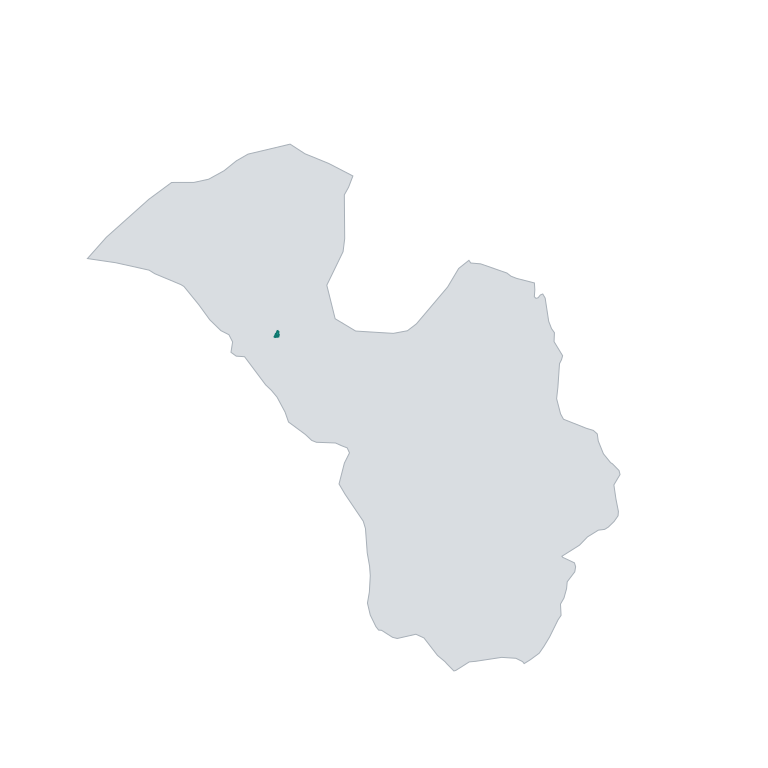 location of Dobele, Dobele, Latvia, rotated 45°
{"feature_id": "27541924B14429265035734", "entity_name": "Dobele", "entity_type": "district", "adm_level": 2, "iso_a3": "LVA", "parent_name": "Latvia", "parent_adm1": "Dobele", "projection": "albers", "projection_center": [23.281, 56.623], "detail": "fine", "context": "in_parent", "style": "filled", "palette": "teal", "viewbox_px": 768, "rotation_deg": 45, "n_neighbors": 0, "source": "geoboundaries", "source_scale": "gbopen_adm2", "svg_char_len": 3168}
<svg xmlns="http://www.w3.org/2000/svg" viewBox="0 0 768 768"><g transform="rotate(45 384 384)"><path d="M554.2,561.8L549.9,561.3L537.7,557.1L527.2,550.6L520.8,541.5L509.8,529.2L502.6,523.0L491.6,515.3L473.1,499.3L466.4,495.7L434.5,489.5L422.9,486.5L411.9,467.9L408.3,457.1L403.1,455.2L397.5,457.7L391.4,460.0L377.4,473.0L372.8,475.0L364.0,475.3L343.4,478.4L333.9,473.8L317.6,468.9L308.7,468.1L300.9,468.3L266.1,463.3L259.8,468.8L253.4,469.8L247.2,461.3L239.5,458.8L230.9,461.6L215.4,461.8L197.0,458.9L173.6,456.5L170.2,457.3L143.9,468.1L137.4,469.6L108.6,487.9L85.6,505.0L83.9,476.5L87.1,419.7L91.3,391.7L107.1,375.8L115.2,363.2L120.1,346.3L121.8,330.6L125.3,317.6L148.0,280.8L165.3,277.1L188.8,267.2L214.9,258.9L219.8,269.9L222.2,278.3L253.5,309.1L261.5,319.4L273.7,354.6L303.3,372.4L326.5,366.6L336.5,357.8L354.8,341.6L362.9,329.8L364.4,318.5L360.4,270.4L355.1,249.5L356.6,236.5L359.8,237.1L367.4,230.7L392.5,218.6L397.5,218.0L403.2,215.5L418.9,206.2L424.1,210.8L428.6,216.0L430.9,216.0L432.0,214.0L431.6,210.5L432.6,208.1L437.2,209.3L456.1,223.2L463.3,226.4L468.2,227.2L474.3,233.8L490.3,237.7L492.3,241.2L493.7,245.5L509.3,263.4L516.4,272.3L530.0,280.3L535.8,282.0L558.5,272.2L564.8,268.8L570.1,268.5L575.8,272.8L588.5,278.2L599.9,279.4L601.9,278.9L611.4,279.0L614.9,281.1L617.9,292.8L629.3,301.3L639.9,308.4L642.7,311.7L643.9,318.5L643.8,326.6L642.8,330.8L638.9,335.8L636.0,348.2L636.2,359.7L631.6,380.0L633.0,380.2L645.1,375.8L648.7,377.7L651.7,381.9L653.4,394.3L657.8,399.6L662.6,408.1L664.4,414.8L672.8,422.4L673.8,427.6L680.0,445.9L682.6,456.4L684.1,464.6L682.5,475.3L680.8,482.6L678.3,482.3L671.2,484.7L660.5,494.1L644.8,515.4L640.8,520.2L637.3,535.8L636.3,537.5L626.3,537.4L623.6,537.2L613.7,538.1L591.8,535.3L583.5,538.4L573.3,554.6L569.1,557.1L556.4,559.9L554.2,561.8Z" fill="#d9dde1" stroke="#a8b0b8" stroke-width="1"/><path d="M275.6,425.5L275.8,425.3L275.6,425.2L275.8,424.8L275.5,424.2L275.3,424.0L275.2,423.8L275.1,423.6L274.9,423.8L274.8,423.6L274.7,423.5L274.6,423.4L274.4,423.3L274.3,423.2L274.2,423.1L273.9,423.0L273.8,422.9L273.7,422.9L273.4,422.7L273.1,422.6L272.9,422.3L272.8,422.2L272.9,421.8L272.9,421.7L272.7,421.5L272.4,421.5L272.1,421.8L271.9,421.7L271.7,421.7L271.3,421.5L271.2,421.7L271.0,421.8L271.1,422.0L271.3,422.0L271.4,422.3L271.2,422.4L271.2,422.5L271.3,422.6L271.4,422.9L271.5,423.1L271.6,423.3L271.7,423.5L271.8,423.7L271.8,423.8L272.0,424.0L272.1,424.3L272.2,424.5L272.3,424.6L272.3,424.8L272.2,424.8L271.9,424.9L271.8,425.0L271.9,425.3L272.0,425.4L272.0,425.5L272.1,425.8L272.4,425.9L272.5,425.8L272.5,426.0L272.6,426.3L272.6,426.5L272.7,426.8L272.7,427.0L272.8,427.4L272.8,427.5L273.0,427.9L273.1,428.2L273.6,428.1L273.6,427.9L273.4,427.9L273.5,427.7L273.7,427.8L273.8,427.9L274.0,427.9L274.1,427.7L274.3,427.5L274.4,427.4L274.5,427.3L274.6,427.2L274.5,426.9L274.4,426.8L274.5,426.7L274.4,426.7L274.5,426.6L274.5,426.4L274.4,426.3L274.4,426.2L274.1,425.9L273.9,425.7L274.0,425.7L273.9,425.6L274.0,425.5L274.2,425.2L274.2,424.8L274.2,424.7L274.3,424.7L274.3,424.8L274.6,425.0L274.9,425.2L275.0,425.2L275.1,425.3L275.3,425.4L275.4,425.5L275.6,425.6L275.6,425.5Z" fill="#14b8a6" stroke="#0f766e" stroke-width="1.5"/></g></svg>